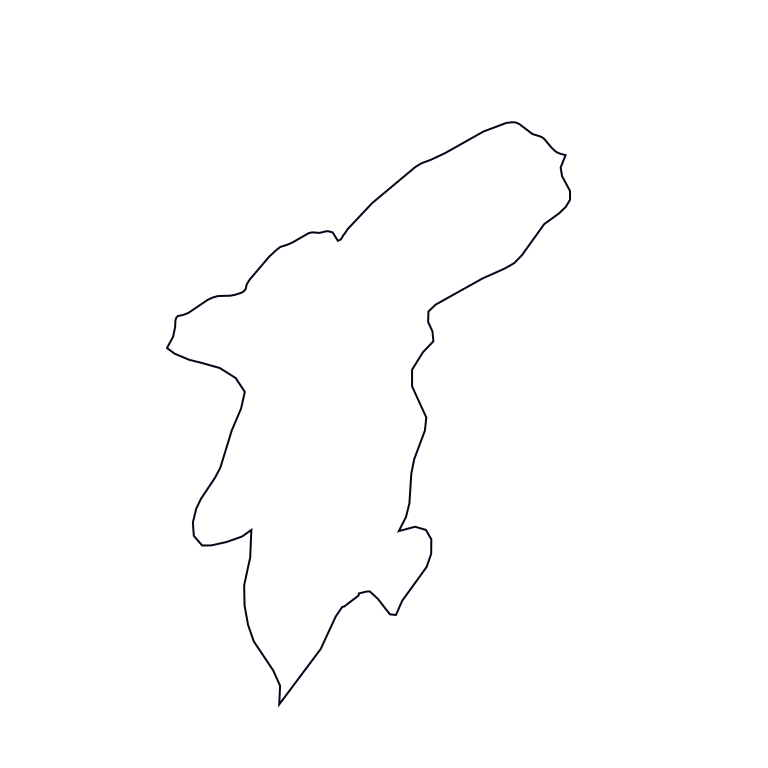 SVG path tracing the border of Svay Rieng, rotated 50°
{"feature_id": "KHM-1801", "entity_name": "Svay Rieng", "entity_type": "Province", "adm_level": 1, "iso_a3": "KHM", "parent_name": "Cambodia", "parent_adm1": "", "projection": "robinson", "projection_center": [105.82, 11.175], "detail": "fine", "context": "isolated", "style": "outline", "palette": "ink", "viewbox_px": 768, "rotation_deg": 50, "n_neighbors": 0, "source": "natural_earth", "source_scale": "10m", "svg_char_len": 1771}
<svg xmlns="http://www.w3.org/2000/svg" viewBox="0 0 768 768"><g transform="rotate(50 384 384)"><path d="M325.4,97.8L331.7,109.5L339.2,114.0L355.6,117.4L362.4,123.0L365.2,130.9L365.8,140.3L364.5,158.5L374.0,195.6L375.1,206.3L373.3,216.7L366.5,240.6L356.4,293.3L357.0,303.3L364.8,310.3L374.9,313.1L383.0,318.7L384.7,333.8L391.1,353.3L403.8,364.0L436.8,373.1L445.9,382.5L460.9,409.0L470.1,420.6L491.7,441.2L500.0,452.6L506.2,467.2L513.3,452.0L522.7,445.7L533.4,447.6L544.5,457.1L551.6,469.1L561.7,509.3L568.6,523.3L564.3,527.5L557.8,527.3L544.7,526.8L533.8,528.2L531.8,530.7L528.3,537.9L529.7,539.5L528.9,557.6L527.9,559.1L531.1,570.5L546.3,602.8L562.1,670.2L548.4,657.6L532.3,653.0L497.4,649.2L481.0,642.9L463.9,633.1L448.3,620.5L436.8,605.7L431.1,598.2L410.5,579.4L409.6,590.8L403.8,606.2L396.6,620.1L390.8,627.1L378.1,627.3L367.2,619.4L358.9,608.1L354.3,598.1L347.2,573.7L342.8,563.0L321.8,530.6L310.9,509.2L300.6,495.7L284.1,493.8L266.3,499.5L252.0,509.2L251.8,509.3L240.2,517.7L226.2,524.9L217.0,527.1L216.9,527.0L212.3,515.3L206.3,507.6L201.2,502.9L199.7,500.5L199.4,498.4L202.2,492.9L203.8,488.2L206.2,465.1L207.5,460.1L209.5,455.5L210.7,453.6L217.4,445.2L218.8,442.8L220.4,439.7L222.5,434.5L222.9,431.3L222.2,428.8L220.9,427.0L219.5,425.3L217.7,419.9L212.7,390.5L212.2,381.4L212.3,375.5L215.1,368.7L216.8,362.9L220.0,344.8L221.0,342.7L222.2,340.9L226.8,336.3L229.6,330.6L231.0,328.6L234.9,325.9L244.7,327.3L245.5,324.1L243.9,319.5L243.5,317.3L242.0,312.3L237.8,276.7L237.9,220.7L238.5,216.5L239.1,213.1L242.3,204.2L246.3,189.2L254.6,145.2L262.6,122.6L265.5,118.1L268.0,115.2L271.7,113.3L288.0,109.6L294.6,105.3L296.9,104.2L299.5,103.7L310.0,103.8L315.0,103.3L317.2,102.8L319.4,101.8L321.3,100.7L325.4,97.8Z" fill="none" stroke="#020617" stroke-width="2"/></g></svg>